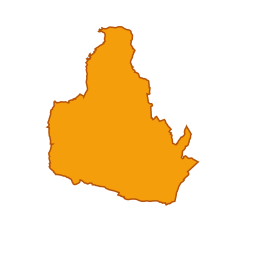 Rosia De Amaradia, Gorj, Romania (Equal Earth projection), rotated 126°
{"feature_id": "2599482B83031616378159", "entity_name": "Rosia De Amaradia", "entity_type": "district", "adm_level": 2, "iso_a3": "ROU", "parent_name": "Romania", "parent_adm1": "Gorj", "projection": "equal_earth", "projection_center": [23.734, 45.043], "detail": "fine", "context": "isolated", "style": "filled", "palette": "amber", "viewbox_px": 256, "rotation_deg": 126, "n_neighbors": 0, "source": "geoboundaries", "source_scale": "gbopen_adm2", "svg_char_len": 5788}
<svg xmlns="http://www.w3.org/2000/svg" viewBox="0 0 256 256"><g transform="rotate(126 128 128)"><path d="M149.3,202.8L150.4,202.6L150.6,203.0L153.4,200.8L154.3,200.7L155.6,200.8L156.8,200.6L157.4,200.2L158.5,200.8L159.5,200.6L160.0,200.1L161.1,199.8L161.6,199.1L161.9,198.8L163.7,198.2L165.5,197.5L166.7,197.2L168.2,196.5L169.3,196.3L170.6,195.9L171.0,195.6L171.1,194.8L172.1,193.4L173.4,193.4L174.8,193.9L174.7,193.5L174.4,192.8L174.3,192.1L174.1,191.8L174.2,191.6L174.6,191.7L177.9,189.4L180.7,186.9L181.2,185.9L181.8,185.1L182.6,184.6L183.4,183.5L184.4,182.7L186.6,181.4L185.4,179.5L186.3,179.9L187.3,179.9L188.4,179.1L191.0,178.0L193.2,177.5L194.9,177.3L196.8,175.4L196.8,175.1L197.1,174.6L198.3,174.4L199.1,173.8L199.9,172.9L200.9,171.5L201.8,170.7L202.0,170.2L202.6,170.6L202.9,170.8L203.9,169.6L204.4,168.7L204.6,168.6L205.4,169.1L205.7,168.8L206.1,168.1L206.4,167.3L206.6,165.8L206.7,163.9L206.9,162.5L207.3,162.3L207.6,160.4L208.1,159.1L207.0,157.7L206.4,156.2L205.8,155.4L204.7,151.9L203.9,150.6L203.8,150.0L203.8,148.2L203.1,147.4L203.3,145.6L202.8,144.3L203.6,142.5L204.4,141.5L204.6,140.8L205.4,139.3L205.4,138.7L205.0,137.8L204.4,137.2L202.8,136.2L201.1,135.4L200.1,135.3L199.4,135.5L198.2,136.2L197.8,135.4L197.8,134.0L197.6,133.1L198.0,131.0L197.3,129.7L197.2,128.1L196.7,127.5L195.5,126.8L194.8,126.3L194.0,124.9L194.0,124.5L194.9,123.5L193.6,121.5L193.4,121.1L193.4,120.3L192.3,118.2L191.8,116.4L191.1,115.4L189.4,112.3L189.4,112.0L189.8,110.1L189.4,109.3L189.1,107.4L188.7,106.2L188.4,105.8L187.7,103.8L187.1,102.7L185.5,97.2L188.1,96.8L187.8,95.9L187.8,95.6L187.4,95.3L186.8,94.0L186.9,93.9L187.3,93.9L187.1,92.8L185.9,90.8L186.1,90.6L186.7,90.7L186.7,89.3L187.1,89.2L186.5,87.0L185.5,85.4L184.2,84.2L182.7,82.5L181.1,80.1L180.5,78.5L180.2,76.8L179.2,73.8L178.6,73.1L178.0,72.1L176.0,70.2L174.3,66.9L172.4,65.1L169.6,61.3L169.3,58.8L168.4,57.3L168.3,56.2L168.5,56.0L167.8,55.3L167.6,54.8L167.1,54.0L166.6,53.7L167.2,52.6L167.7,52.3L167.8,52.1L167.6,51.8L165.2,50.7L165.0,50.1L163.9,49.4L162.6,49.1L161.6,48.6L160.3,47.5L159.8,47.0L155.6,48.8L151.7,50.8L150.2,51.0L145.5,52.5L141.7,53.0L138.3,52.0L137.1,52.0L137.1,52.7L137.0,52.8L133.3,52.2L131.5,51.7L130.0,51.6L129.6,51.7L128.8,52.6L128.4,54.1L114.2,51.3L114.4,52.5L114.6,54.8L115.0,56.4L114.8,58.7L116.0,60.1L116.7,60.6L117.0,61.4L116.7,65.0L118.4,66.0L119.4,65.4L120.2,65.4L120.8,66.2L120.5,67.0L120.1,67.7L119.7,67.8L118.8,67.8L117.9,68.1L117.5,68.5L117.3,68.9L116.8,69.0L115.9,69.5L115.4,70.0L114.7,70.2L113.6,70.1L113.1,69.9L110.8,69.8L110.3,70.0L109.0,70.7L108.6,70.1L108.1,69.8L106.9,69.5L106.2,69.5L104.9,70.0L103.1,70.5L102.7,70.8L102.2,71.1L100.6,71.6L100.3,71.4L99.3,71.7L97.1,73.0L96.0,73.2L95.8,73.3L92.2,81.7L93.2,81.3L95.1,81.2L97.2,80.5L97.7,80.0L98.2,79.9L99.3,78.6L99.6,78.5L101.4,78.3L102.1,78.6L102.9,78.7L103.4,78.8L103.7,79.3L104.2,79.6L109.7,79.5L111.5,78.8L111.7,79.5L113.4,79.3L114.1,82.9L111.1,85.7L110.3,86.9L109.7,87.5L108.6,87.8L107.9,88.3L108.1,90.0L106.6,90.1L106.9,92.1L106.8,92.6L105.6,92.7L103.7,92.4L103.1,95.1L103.1,96.3L102.2,98.2L101.4,100.8L100.3,102.0L99.8,103.5L104.0,106.4L101.9,111.6L102.5,111.8L103.0,112.3L103.4,112.1L105.3,112.2L106.5,112.7L105.7,114.2L105.7,114.5L106.2,114.8L105.9,115.2L97.4,122.1L96.4,121.8L95.6,121.3L95.2,121.7L94.5,122.8L94.7,123.5L95.4,124.3L95.5,124.6L95.4,126.1L95.2,126.7L94.9,127.1L93.6,128.2L92.7,129.2L91.7,130.1L91.1,130.9L89.9,131.9L89.2,132.7L88.9,131.8L88.9,131.3L88.4,131.1L88.3,130.8L87.5,130.5L86.3,131.7L82.8,133.7L82.6,133.8L82.9,134.4L82.4,134.6L81.8,135.6L80.6,136.4L77.9,138.9L77.9,140.2L78.1,141.1L78.0,142.2L78.2,143.1L78.5,143.8L79.2,144.6L79.2,145.7L80.0,147.2L80.2,148.5L78.2,151.2L78.0,152.4L78.3,153.5L78.3,154.4L78.9,155.4L78.0,155.8L77.7,156.2L77.5,157.1L77.7,158.2L77.4,159.1L76.5,160.4L75.7,159.8L75.5,160.7L75.6,161.4L75.0,162.4L74.3,163.2L74.2,163.9L72.8,165.0L71.6,165.4L68.7,165.9L66.5,166.9L64.1,167.4L63.3,168.0L63.0,167.7L62.5,167.9L61.4,167.8L61.0,168.3L61.1,168.6L60.6,170.3L60.6,170.8L60.9,171.0L60.3,171.4L59.9,172.0L59.8,172.6L59.3,173.7L58.6,175.1L56.8,175.8L55.7,176.6L55.5,176.9L54.5,176.6L53.8,176.7L50.2,179.0L49.4,181.1L48.8,181.8L48.2,182.4L47.9,183.2L48.1,184.7L49.2,187.0L49.4,187.7L49.7,189.4L49.8,192.2L50.3,193.2L51.2,194.5L52.3,195.7L53.9,196.7L54.3,197.2L55.5,199.4L56.8,201.6L57.4,202.4L59.6,203.4L60.8,204.2L61.2,204.8L61.5,205.6L62.3,206.6L62.2,207.7L62.3,207.9L63.0,207.0L63.3,207.0L64.4,207.6L64.6,207.9L64.8,207.9L64.7,208.1L64.9,208.5L64.8,209.0L65.1,209.0L65.1,208.7L65.7,208.3L67.2,208.6L67.2,208.4L67.1,207.9L65.4,206.2L65.1,205.8L65.3,204.6L65.1,204.1L64.9,202.9L65.4,201.9L67.4,200.3L69.0,199.8L70.0,199.2L70.2,198.7L71.3,197.8L71.4,197.5L72.9,198.0L73.3,197.6L73.9,198.0L74.1,197.8L74.1,197.5L75.1,197.8L77.5,199.0L80.3,199.9L82.1,200.7L83.5,201.1L83.6,200.7L83.5,200.3L83.6,199.7L86.3,200.3L86.4,199.5L90.2,200.3L91.4,200.7L90.2,202.3L91.0,202.5L91.8,202.0L92.4,202.1L92.7,201.8L92.3,201.5L92.4,201.1L92.9,201.1L92.7,200.4L93.1,199.9L93.1,199.6L94.1,199.8L94.3,199.4L95.0,199.5L95.4,199.8L95.2,201.7L96.0,201.8L96.3,202.0L96.5,201.2L96.8,201.0L96.8,200.6L96.9,200.2L98.2,200.2L99.9,200.4L100.4,198.7L100.7,198.0L103.0,198.1L103.6,196.8L104.4,196.3L105.3,196.1L107.4,193.8L108.2,192.6L109.7,192.2L110.4,191.8L112.0,190.4L115.2,188.9L116.6,187.5L119.5,184.3L120.6,183.4L121.5,183.2L124.5,183.0L128.7,182.1L128.5,182.3L128.4,182.6L128.4,183.6L128.7,185.2L128.8,186.8L129.8,186.8L132.4,187.3L133.6,187.7L134.7,187.8L135.0,187.5L135.4,187.4L135.6,187.8L135.8,187.9L135.5,188.3L135.6,188.6L137.0,189.4L137.8,189.0L138.5,190.2L140.3,191.5L141.3,191.7L141.5,191.3L142.5,190.7L142.8,191.4L143.6,193.9L144.9,195.4L145.3,196.2L145.8,196.7L146.2,197.7L147.3,198.2L148.3,199.2L148.6,199.7L149.5,200.4L149.4,202.1L149.3,202.8Z" fill="#f59e0b" stroke="#b45309" stroke-width="1.5"/></g></svg>